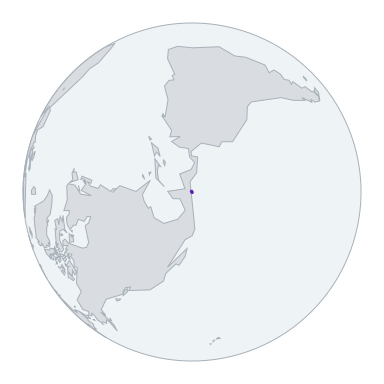 Escuintla on an orthographic globe, rotated 245°
{"feature_id": "GTM-1950", "entity_name": "Escuintla", "entity_type": "Department", "adm_level": 1, "iso_a3": "GTM", "parent_name": "Guatemala", "parent_adm1": "", "projection": "orthographic", "projection_center": [-91.003, 14.2], "detail": "fine", "context": "on_globe", "style": "filled", "palette": "violet", "viewbox_px": 384, "rotation_deg": 245, "n_neighbors": 0, "source": "natural_earth", "source_scale": "10m", "svg_char_len": 8632}
<svg xmlns="http://www.w3.org/2000/svg" viewBox="0 0 384 384"><g transform="rotate(245 192 192)"><circle cx="192" cy="192" r="169" fill="#eef3f6" stroke="#a8b0b8"/><path d="M229.1,208.3L225.1,206.7L221.4,211.9L207.5,204.4L202.1,194.6L157.3,179.0L152.3,173.8L151.6,165.5L134.1,137.9L142.9,163.7L136.6,158.6L131.0,149.3L133.6,147.1L129.3,133.8L123.3,128.6L121.1,112.4L129.5,92.9L131.8,96.1L133.5,91.5L130.8,87.5L128.6,86.1L131.1,68.9L123.8,60.1L116.4,61.8L122.0,58.4L104.7,65.1L97.6,65.5L108.8,62.5L112.3,60.4L109.0,59.1L111.9,56.7L111.9,54.9L115.7,52.4L121.9,51.4L124.5,49.9L122.0,49.2L124.1,46.6L127.4,47.8L131.6,43.5L142.8,42.3L148.6,49.6L157.9,48.7L172.1,56.0L173.9,53.9L180.3,56.0L184.8,54.6L186.2,56.8L188.6,53.8L186.5,52.0L186.9,50.2L189.3,49.4L191.5,51.9L190.6,52.8L192.5,53.1L192.5,54.8L193.9,53.5L196.2,57.0L197.6,52.4L202.4,54.3L203.0,57.0L198.1,58.1L187.4,69.0L186.4,73.0L189.9,77.0L206.7,81.0L207.6,85.2L212.4,89.8L214.1,86.6L210.9,81.9L215.3,77.5L210.9,72.8L212.0,70.6L209.5,65.7L215.1,65.1L221.8,67.3L224.2,71.5L227.3,72.8L229.2,68.0L237.7,75.7L250.3,81.0L251.9,83.4L247.6,88.8L237.0,90.2L231.3,99.2L240.3,92.3L244.2,99.4L247.1,100.3L249.9,99.5L250.4,96.5L252.9,99.0L245.0,106.2L242.7,104.1L245.2,101.7L240.2,102.6L234.9,108.5L237.3,112.1L226.8,118.6L228.4,121.5L227.0,124.8L225.1,119.7L228.2,129.3L216.2,141.4L220.2,159.1L210.6,145.9L203.7,144.7L195.6,145.5L196.1,148.4L184.7,146.8L175.4,153.2L173.3,167.5L178.3,178.2L190.9,178.2L194.0,172.0L202.8,170.3L197.9,187.0L213.5,188.5L212.8,200.8L217.5,206.8L225.0,204.7L232.9,207.1L238.0,199.6L246.4,194.9L247.2,204.8L251.4,195.3L256.4,199.6L272.8,197.1L271.7,199.5L285.6,209.2L299.6,211.8L302.9,218.3L301.3,223.0L305.9,223.3L305.9,226.1L323.2,226.2L331.1,230.8L330.1,240.6L322.3,253.7L312.2,277.9L297.2,288.3L291.4,297.6L276.3,311.8L267.5,312.4L268.0,317.8L261.4,322.0L255.1,323.0L252.3,327.1L247.6,327.7L249.5,329.9L239.6,335.5L239.7,339.0L231.8,343.2L232.1,345.0L229.9,345.2L227.1,346.1L226.1,347.2L220.6,345.9L221.6,341.4L225.5,338.8L222.7,338.5L231.2,331.5L227.3,333.1L232.3,322.5L239.8,312.8L248.6,283.8L245.9,278.2L234.3,272.2L220.5,250.1L224.9,240.2L221.5,235.8L232.4,221.2L229.1,208.3ZM47.5,155.7L48.5,151.8L49.1,154.5L47.5,155.7ZM48.4,149.2L48.2,150.6L48.2,149.4L48.4,149.2ZM47.8,148.3L48.2,149.0L47.6,148.6L47.8,148.3ZM47.0,147.5L47.5,147.7L47.4,147.9L47.0,147.5ZM220.0,165.2L237.9,172.4L228.4,174.3L230.1,172.6L225.4,169.4L217.0,166.7L208.5,169.2L220.0,165.2ZM46.2,145.1L46.0,144.4L46.6,144.2L46.2,145.1ZM226.5,154.8L223.4,154.4L226.3,154.1L226.5,154.8ZM127.2,86.0L130.5,87.7L131.8,92.5L128.8,91.2L127.2,86.0ZM125.0,77.8L127.4,77.7L125.2,82.0L124.5,80.7L125.0,77.8ZM110.6,63.8L112.7,64.4L109.6,64.7L110.6,63.8ZM111.2,55.2L109.7,55.8L110.4,54.7L111.2,55.2ZM206.6,66.5L208.1,66.1L207.8,67.2L206.6,66.5ZM204.2,64.8L202.9,66.3L201.5,65.8L202.4,64.9L204.2,64.8ZM116.8,49.8L118.3,48.0L117.8,49.6L116.8,49.8ZM206.1,63.1L199.3,64.7L197.0,63.8L198.2,59.6L206.1,63.1ZM119.9,46.8L123.6,42.9L120.6,43.9L131.4,39.4L124.6,43.9L124.5,45.6L122.5,45.6L119.9,46.8ZM184.8,51.9L187.1,53.7L182.9,53.1L184.8,51.9ZM182.0,52.0L168.5,53.6L166.3,50.8L171.3,50.7L166.6,48.1L172.1,46.0L175.9,46.9L176.3,49.0L178.1,46.6L182.0,52.0ZM136.7,37.8L138.6,36.9L137.8,37.7L136.7,37.8ZM186.7,49.5L184.2,49.9L182.1,47.5L186.8,46.3L185.9,47.4L186.7,49.5ZM162.6,48.7L161.9,46.9L166.2,44.6L166.5,43.6L172.1,45.7L162.6,48.7ZM187.7,47.5L189.2,45.8L192.4,46.2L189.0,49.0L187.7,47.5ZM179.6,47.5L178.8,46.3L180.7,46.5L179.6,47.5ZM204.7,47.3L201.7,47.5L200.4,46.2L204.7,47.3ZM189.5,45.1L188.4,45.0L187.5,44.6L189.2,43.6L189.5,45.1ZM174.7,44.1L176.6,43.6L172.6,43.1L175.7,41.6L178.9,43.3L178.8,41.9L179.7,41.5L181.2,43.5L174.7,44.1ZM188.2,41.5L193.3,43.6L199.1,43.3L200.5,44.4L190.9,44.7L188.2,41.5ZM184.0,42.4L186.9,42.0L187.1,43.4L185.3,44.5L184.0,42.4ZM176.6,40.0L171.1,41.8L170.6,41.4L176.6,40.0ZM189.9,41.1L188.6,40.6L190.3,40.9L189.9,41.1ZM180.6,39.9L178.8,40.6L178.2,40.1L180.6,39.9ZM187.7,39.2L189.3,39.8L188.1,40.5L187.7,39.2ZM184.4,39.3L184.2,38.5L186.7,40.4L183.7,39.7L184.4,39.3ZM180.5,39.4L179.5,39.3L181.3,39.2L180.5,39.4ZM191.4,36.4L194.8,38.7L192.1,40.1L189.1,37.7L191.4,36.4ZM229.1,348.7L220.7,346.6L225.7,347.5L231.0,345.4L234.7,347.2L229.1,348.7ZM243.9,343.0L248.9,341.4L249.6,341.8L246.3,343.1L243.9,343.0ZM306.8,68.0L306.4,67.6L310.0,71.0L310.3,71.3L313.7,74.8L311.0,72.4L315.1,78.0L327.5,94.8L328.4,98.4L325.9,98.3L314.2,84.7L313.5,78.4L309.3,74.2L303.3,70.7L303.6,69.3L301.1,67.4L300.2,65.2L293.0,58.6L291.2,56.4L282.5,50.7L280.4,49.1L286.1,52.7L289.1,54.4L284.0,50.3L283.8,50.2L295.7,58.6L306.8,68.0ZM278.3,46.7L276.0,45.4L275.8,45.3L278.3,46.7ZM272.0,43.2L270.9,42.6L269.9,42.1L272.0,43.2ZM266.7,40.4L268.4,41.4L262.4,38.6L255.7,35.7L254.3,35.3L265.2,40.3L269.0,42.1L271.3,43.0L282.2,49.3L285.2,51.6L276.1,46.8L279.5,49.7L271.0,45.4L246.7,33.3L239.6,30.4L240.0,30.0L246.8,32.2L247.4,32.4L248.0,32.6L266.7,40.4ZM191.4,23.0L182.5,23.4L174.5,24.0L175.4,23.9L191.4,23.0ZM170.9,24.4L162.6,25.7L156.1,26.9L170.9,24.4ZM154.9,27.2L155.9,27.0L150.4,28.4L152.8,27.8L153.0,27.9L140.0,32.6L135.6,34.1L131.4,36.9L132.1,37.0L135.1,35.9L131.4,39.4L120.6,43.9L119.6,43.5L113.5,47.0L112.1,46.0L108.2,47.2L110.3,44.8L107.0,46.4L104.9,47.6L98.9,51.1L96.2,52.8L107.1,45.9L116.6,41.9L113.4,42.8L116.8,41.1L117.2,40.6L114.7,41.7L112.8,42.8L113.6,42.3L126.9,36.1L140.7,31.0L154.9,27.2ZM360.0,174.1L359.2,184.6L356.8,180.1L348.6,161.8L347.0,151.4L342.7,141.5L328.6,99.2L330.1,98.3L324.1,86.6L331.2,96.3L337.7,106.4L343.4,116.9L348.3,127.8L352.5,139.1L355.8,150.6L358.3,162.3L360.0,174.1ZM338.7,117.8L340.3,120.8L338.7,117.8ZM273.3,196.9L275.3,198.6L272.8,199.0L273.3,196.9ZM227.5,178.5L231.1,178.4L233.1,179.8L230.4,180.5L227.5,178.5ZM256.9,175.9L260.9,176.3L256.9,177.6L256.9,175.9ZM240.6,173.3L253.8,176.0L246.0,179.7L237.7,178.2L243.2,176.8L240.6,173.3ZM225.5,160.7L227.8,161.2L227.4,163.1L225.5,160.7ZM228.6,154.6L227.7,154.9L226.4,153.5L228.6,154.6ZM244.7,98.9L245.4,98.4L248.4,98.3L247.4,99.6L244.7,98.9ZM259.7,91.2L263.3,95.3L260.0,93.1L259.2,95.5L251.3,94.1L252.4,84.6L253.3,89.0L259.7,91.2ZM241.1,90.4L246.0,91.9L240.6,90.7L241.1,90.4ZM288.0,60.3L289.7,60.5L292.9,63.1L295.2,67.2L290.5,63.4L288.0,60.3ZM291.3,60.3L281.7,55.2L279.9,52.9L282.5,55.0L282.3,53.9L286.5,57.1L294.2,60.5L297.6,63.1L299.9,68.4L297.3,65.0L295.8,64.8L291.3,60.3ZM260.3,50.6L256.1,49.6L257.6,45.7L261.4,47.2L263.8,51.0L260.9,51.6L260.3,50.6ZM209.6,56.0L207.9,56.8L207.3,55.9L208.3,54.6L209.6,56.0ZM203.4,47.5L216.5,52.3L215.2,53.3L224.3,55.6L224.5,59.1L218.6,57.4L225.6,62.2L220.3,62.1L225.4,65.2L212.1,61.0L207.6,61.4L212.6,59.5L212.5,56.1L211.2,54.8L204.0,51.7L194.3,51.6L192.7,48.7L194.2,46.7L196.3,46.2L196.6,48.1L199.1,46.2L201.3,48.7L203.4,47.5ZM212.1,31.3L211.7,32.6L217.1,31.3L219.2,32.9L219.7,32.7L223.2,33.9L228.3,35.2L228.6,36.0L230.4,36.2L232.8,37.2L235.4,37.9L236.8,39.7L240.2,40.7L238.9,41.0L244.3,42.3L240.9,42.2L243.7,43.9L245.5,43.1L246.7,53.8L249.8,59.2L254.2,63.9L247.8,63.8L239.6,59.5L231.5,53.8L229.4,49.0L226.9,50.1L225.1,48.2L227.8,48.2L222.6,47.2L221.9,45.7L214.7,42.2L207.6,42.2L204.7,41.2L207.2,40.4L202.6,39.9L205.3,37.9L203.3,37.2L204.0,34.7L209.8,34.1L207.1,33.4L207.5,31.8L212.1,31.3ZM191.8,35.7L198.2,34.0L202.6,34.2L199.6,38.5L201.0,39.4L199.3,42.7L193.0,42.4L194.1,41.5L193.7,40.5L195.8,41.0L193.8,39.9L195.2,38.6L194.0,37.6L196.5,37.2L191.8,35.7ZM318.0,79.7L317.1,78.6L320.7,82.6L321.2,83.3L318.0,79.7ZM313.5,74.8L316.8,78.2L315.3,76.8L313.5,74.8ZM285.0,51.7L283.7,50.7L284.7,51.3L286.9,52.7L285.0,51.7ZM228.6,29.6L227.7,29.9L226.6,29.6L221.7,29.4L219.8,28.5L221.9,28.2L228.6,29.6ZM225.7,28.5L223.9,28.5L224.0,28.1L225.7,28.5ZM218.1,27.8L217.7,27.3L219.0,28.3L218.1,27.8ZM222.8,25.9L215.9,24.8L206.3,23.7L215.2,24.7L217.7,25.0L222.8,25.9ZM185.6,23.3L184.9,23.6L182.7,23.6L185.6,23.3ZM187.0,23.4L190.9,23.6L188.9,23.9L186.2,23.6L187.0,23.4ZM208.6,25.0L211.4,25.3L211.2,25.5L208.6,25.0ZM137.3,37.0L138.4,36.9L136.5,37.5L137.3,37.0ZM154.5,27.6L152.2,28.2L154.5,27.6ZM153.1,28.6L155.7,27.9L153.7,28.7L153.1,28.6ZM161.3,26.4L157.0,27.6L160.1,26.5L161.3,26.4Z" fill="#d9dde1" stroke="#a8b0b8" stroke-width="1"/><path d="M193.1,192.8L192.8,192.8L192.6,192.8L192.3,192.9L191.9,192.8L191.5,192.8L191.1,192.7L190.4,192.4L190.5,192.4L190.6,192.1L190.7,191.9L190.7,191.7L190.8,191.7L191.0,191.5L191.2,191.8L191.5,191.8L191.6,191.7L191.7,191.3L191.8,191.4L192.0,191.4L192.1,191.5L192.1,191.3L192.2,191.2L192.3,191.1L192.4,191.3L192.5,191.3L192.7,191.2L192.8,191.2L192.8,191.3L193.0,191.2L193.0,191.3L193.2,191.6L193.2,191.8L193.3,191.8L193.2,191.9L193.2,192.0L193.3,192.0L193.2,192.1L193.3,192.2L193.3,192.3L193.2,192.3L193.1,192.8L193.1,192.8Z" fill="#8b5cf6" stroke="#5b21b6" stroke-width="1.5"/></g></svg>